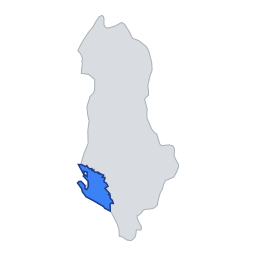 Vlorë, Vlorë, Albania shown in context
{"feature_id": "67620474B72762453157270", "entity_name": "Vlorë", "entity_type": "district", "adm_level": 2, "iso_a3": "ALB", "parent_name": "Albania", "parent_adm1": "Vlorë", "projection": "equal_earth", "projection_center": [19.584, 40.349], "detail": "fine", "context": "in_parent", "style": "filled", "palette": "blue", "viewbox_px": 256, "rotation_deg": 0, "n_neighbors": 0, "source": "geoboundaries", "source_scale": "gbopen_adm2", "svg_char_len": 2210}
<svg xmlns="http://www.w3.org/2000/svg" viewBox="0 0 256 256"><path d="M81.3,73.4L81.5,69.7L82.4,63.8L81.9,61.8L82.4,58.4L80.7,54.0L77.8,50.7L80.6,45.0L84.6,38.1L88.3,32.6L92.9,26.9L95.9,21.5L99.1,16.8L101.9,15.4L103.3,16.4L104.0,18.4L103.9,24.5L104.8,26.6L106.7,28.1L110.8,27.4L115.3,25.9L121.4,22.6L122.4,22.8L124.7,24.5L129.4,31.9L132.5,38.3L138.7,40.6L142.1,43.1L146.5,46.9L148.7,50.8L151.7,62.6L152.1,69.8L151.2,73.0L150.5,73.9L147.8,85.5L148.5,91.5L148.5,95.4L146.2,97.0L144.6,99.4L147.2,109.2L146.9,113.3L147.0,118.1L151.6,129.0L154.3,132.4L156.7,134.0L159.8,144.0L161.6,145.7L169.1,144.8L172.7,145.9L174.2,148.3L174.5,149.9L174.1,155.6L175.9,159.9L178.5,164.4L178.5,167.1L176.8,171.6L173.9,176.8L169.9,178.8L165.6,180.5L163.5,184.5L162.5,188.9L160.6,192.1L159.4,195.6L157.6,202.7L157.2,205.4L154.2,208.0L149.6,209.1L145.5,209.3L142.8,210.5L141.4,213.0L138.8,215.0L137.2,215.8L137.2,218.0L139.1,222.6L141.3,226.3L141.3,229.3L140.3,230.1L136.9,229.7L136.2,230.8L135.9,234.2L135.0,237.0L133.6,238.7L131.2,240.6L126.8,240.0L122.7,237.2L120.5,236.3L119.3,236.4L118.9,229.4L117.2,224.0L110.6,211.0L89.4,198.3L84.4,192.7L82.2,187.9L80.0,183.4L82.1,183.3L84.2,184.4L86.8,185.8L87.9,183.5L86.8,178.6L81.3,167.1L80.9,164.0L83.6,154.4L88.1,143.6L87.8,130.6L89.1,120.8L87.6,114.5L86.9,106.7L90.1,96.3L92.9,93.8L94.6,90.5L94.7,79.5L88.5,74.3L81.3,73.4Z" fill="#d9dde1" stroke="#a8b0b8" stroke-width="1"/><path d="M78.4,164.5L83.9,174.7L84.1,171.2L87.1,172.1L87.1,176.6L85.0,175.0L83.3,176.1L88.2,181.2L88.4,186.4L86.8,189.5L85.1,189.0L85.0,188.1L85.1,186.2L84.1,184.6L82.9,183.2L81.2,181.5L80.2,181.3L79.0,181.5L77.5,183.0L81.7,188.8L82.3,191.7L86.1,196.8L93.4,200.6L103.5,206.5L104.7,208.3L110.2,211.1L110.2,206.3L109.9,204.9L110.9,203.2L113.3,203.5L112.3,200.3L110.2,198.3L110.2,195.2L108.6,194.7L109.7,193.6L104.9,188.3L108.0,186.3L107.3,184.9L106.3,183.2L104.0,181.8L104.1,180.2L104.9,178.8L104.8,177.4L102.3,177.3L103.6,175.1L102.4,174.7L101.4,174.4L100.9,174.2L100.6,173.7L99.7,173.8L99.2,173.8L99.3,173.0L98.0,173.1L98.1,172.2L94.7,172.0L93.7,171.2L93.7,169.8L91.9,170.4L91.9,168.6L89.5,168.8L87.5,166.9L86.8,165.6L85.2,166.6L81.8,164.6L78.4,164.5Z" fill="#3b82f6" stroke="#1e3a8a" stroke-width="1.5"/></svg>